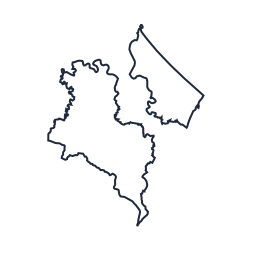 the district of Thach Ha, Ha Tinh, Vietnam, rotated 348°
{"feature_id": "81297802B93916372624290", "entity_name": "Thach Ha", "entity_type": "district", "adm_level": 2, "iso_a3": "VNM", "parent_name": "Vietnam", "parent_adm1": "Ha Tinh", "projection": "natural_earth1", "projection_center": [105.851, 18.322], "detail": "fine", "context": "isolated", "style": "outline", "palette": "slate", "viewbox_px": 256, "rotation_deg": 348, "n_neighbors": 0, "source": "geoboundaries", "source_scale": "gbopen_adm2", "svg_char_len": 5810}
<svg xmlns="http://www.w3.org/2000/svg" viewBox="0 0 256 256"><g transform="rotate(348 128 128)"><path d="M142.1,136.3L141.8,136.0L142.5,133.4L142.4,132.7L142.8,132.0L142.8,130.8L142.4,129.4L142.0,129.5L141.5,128.0L141.0,127.8L141.6,127.0L139.7,126.6L138.9,127.0L138.4,126.7L138.6,125.9L132.6,123.6L131.5,122.8L130.1,124.0L129.7,123.3L125.7,123.4L125.2,123.9L123.9,123.7L121.7,121.7L122.0,120.8L121.1,120.4L119.2,118.7L119.5,117.9L120.3,117.5L119.1,117.0L118.0,117.2L117.8,116.1L117.5,116.0L117.7,114.7L117.3,114.5L117.8,112.4L118.3,112.5L118.1,113.5L118.7,113.6L119.5,112.5L119.6,110.9L121.2,110.6L121.2,109.4L121.7,108.2L123.2,108.1L123.6,107.7L122.7,106.3L123.7,105.4L122.9,104.6L121.4,101.2L121.5,100.4L122.2,99.2L121.1,98.1L120.7,97.0L122.1,94.7L124.0,93.9L125.8,92.2L125.2,90.4L124.0,90.2L123.4,89.3L123.2,88.2L123.4,85.8L124.4,83.9L125.4,83.1L125.9,81.7L128.5,77.6L127.1,74.9L125.4,73.1L123.6,72.2L120.5,71.5L119.2,70.3L119.1,68.9L121.3,66.1L121.7,65.1L121.8,64.1L121.4,62.7L120.2,61.6L118.5,61.4L117.0,61.6L115.6,60.9L114.9,59.3L115.2,56.3L114.4,55.4L113.1,55.1L110.2,55.5L108.5,56.2L107.2,58.0L107.5,58.9L110.0,60.8L110.7,62.7L110.8,64.4L110.4,65.7L109.4,66.6L108.4,66.7L107.9,66.2L106.8,63.3L103.4,61.4L103.1,60.8L103.6,57.9L103.2,57.1L102.6,56.7L101.4,56.7L99.3,57.8L98.0,57.7L97.5,56.6L97.6,53.7L97.2,52.9L94.2,52.0L92.4,51.9L89.6,52.5L87.9,52.3L87.4,52.5L86.7,54.7L87.3,56.9L85.9,58.7L88.4,59.3L89.0,60.8L88.2,61.9L86.3,62.5L86.5,64.8L86.1,65.4L85.5,65.3L83.2,63.7L79.7,60.5L77.6,60.6L77.2,59.3L77.3,57.4L76.0,56.7L75.3,57.0L75.0,59.4L75.8,61.2L75.5,62.5L74.9,63.0L73.4,63.1L73.0,63.5L73.1,64.0L74.4,64.5L74.4,65.8L74.0,66.2L72.5,66.3L71.2,68.8L71.5,69.2L72.5,69.8L73.2,71.6L73.8,71.5L74.6,69.8L75.2,69.4L75.6,69.7L75.4,71.5L77.4,71.5L76.5,73.5L76.6,76.0L77.1,76.7L78.8,77.7L79.9,76.4L81.1,76.0L81.3,76.4L81.0,77.8L82.3,78.3L82.3,79.0L81.6,80.4L79.3,80.9L78.1,80.1L77.5,80.8L77.8,82.1L79.6,82.9L80.3,84.2L80.4,85.6L81.9,86.5L81.2,88.8L79.5,89.6L77.9,88.1L77.2,88.4L76.7,89.9L76.8,91.0L77.4,92.0L76.8,92.6L77.2,93.4L74.8,92.7L73.8,93.3L73.5,94.0L74.6,95.2L74.2,97.1L72.8,97.4L72.6,96.9L72.0,96.8L72.0,97.3L71.5,96.6L70.7,98.5L71.2,98.7L71.0,99.2L71.3,100.0L70.7,100.8L70.8,101.7L71.8,102.0L72.1,102.5L71.7,102.8L71.6,103.3L70.1,103.6L70.1,103.0L69.1,102.1L68.8,102.9L69.2,103.3L68.6,103.8L68.5,104.7L69.0,105.2L67.8,105.9L67.4,107.0L66.9,107.3L63.6,104.9L62.5,104.5L62.2,105.1L59.1,104.8L58.3,105.0L58.2,105.5L58.0,105.2L57.6,105.5L57.1,106.5L57.4,106.6L57.5,107.3L57.2,108.4L57.4,108.9L56.2,110.5L56.3,111.6L55.1,112.5L52.4,112.5L51.7,115.1L50.5,116.4L49.4,116.7L48.8,117.5L47.4,123.7L49.3,124.5L54.1,127.7L57.9,128.8L60.2,130.9L62.1,131.7L62.4,132.7L61.6,134.7L61.3,136.7L59.7,138.0L59.2,139.1L59.1,140.4L57.5,142.0L56.9,143.6L60.0,146.0L61.9,145.8L62.3,144.6L63.0,143.9L64.1,143.6L65.4,142.5L68.0,143.9L70.8,143.5L72.5,144.0L73.6,143.4L74.3,142.3L78.7,143.8L79.8,147.0L81.1,147.3L81.8,149.8L81.2,151.2L82.5,153.2L83.2,153.6L84.0,155.2L85.7,155.7L86.0,157.0L88.0,158.0L89.3,160.1L91.1,161.1L92.5,163.5L94.5,163.8L96.0,164.8L96.1,165.9L97.3,166.3L98.9,167.6L100.0,169.0L100.3,170.3L101.9,170.2L102.5,169.8L103.7,169.6L105.4,171.3L106.0,172.6L106.0,173.6L104.5,176.3L103.7,180.6L102.1,182.7L101.8,183.8L102.3,184.6L105.5,186.2L105.9,186.8L105.7,190.6L106.0,192.4L106.8,193.5L110.1,194.6L117.1,200.6L118.6,203.6L119.6,204.9L122.3,210.8L122.3,212.9L119.1,219.8L118.1,223.0L117.0,224.4L116.7,226.0L117.7,224.5L118.9,223.6L120.0,222.4L121.5,221.9L123.4,219.9L128.8,216.8L129.4,216.1L129.6,215.0L130.1,214.1L128.3,210.8L128.7,208.5L127.8,207.7L126.5,205.6L126.1,203.8L126.6,202.5L126.4,200.7L126.8,199.1L127.0,195.2L128.3,195.1L128.6,194.1L129.5,193.3L129.7,192.6L130.9,193.4L131.1,192.6L133.2,190.7L134.7,188.6L135.0,187.6L135.0,183.8L133.7,180.8L132.0,179.2L132.0,178.4L133.9,176.8L137.5,175.3L136.4,173.1L136.9,172.6L137.4,169.2L137.9,168.6L138.3,168.6L139.9,166.8L140.9,167.1L141.3,166.7L141.8,166.9L142.8,165.8L144.6,167.1L148.1,162.7L146.5,160.9L146.5,160.3L146.0,159.8L146.8,159.4L146.5,158.1L147.2,157.6L148.3,155.0L147.8,153.9L147.2,153.7L147.2,152.7L147.9,152.7L148.9,151.5L149.0,150.8L149.6,151.3L150.1,151.1L150.1,148.1L148.8,146.5L148.8,144.8L149.8,143.0L151.3,141.7L151.4,140.8L148.0,140.4L146.3,138.5L145.5,138.0L144.1,138.7L143.1,140.3L142.5,140.4L141.6,139.1L142.1,136.3ZM208.6,111.9L193.7,91.6L182.6,75.3L172.2,58.4L164.6,44.0L161.2,36.7L160.9,34.2L161.5,33.3L163.1,32.9L163.4,31.7L162.8,30.1L162.1,30.0L160.9,31.2L161.2,33.3L159.4,33.4L158.3,35.1L157.9,36.5L156.7,37.1L157.3,38.4L157.2,39.6L155.6,43.1L154.7,44.0L152.9,43.4L149.8,44.4L148.0,46.1L147.0,47.8L145.7,51.5L146.3,55.5L148.5,64.0L148.3,65.7L147.3,68.2L140.8,75.8L142.1,79.3L143.8,80.9L145.6,80.8L147.4,79.3L150.4,79.2L154.4,82.2L155.7,82.7L156.5,83.7L156.6,86.2L155.4,91.8L155.5,92.7L156.5,95.4L158.3,97.2L158.6,97.9L157.5,101.6L156.3,103.1L156.6,103.6L157.9,103.6L158.6,103.9L160.2,105.9L160.7,107.5L159.5,108.6L157.1,108.8L156.0,108.4L154.3,106.5L153.5,106.4L153.0,106.7L152.6,108.0L152.6,109.6L153.6,111.4L153.5,112.1L150.4,113.2L149.8,114.4L150.0,115.5L151.5,118.4L152.1,119.0L153.0,119.3L153.5,119.1L154.3,117.7L155.0,117.6L157.7,118.9L158.1,119.3L158.1,120.0L157.7,120.8L156.4,121.7L156.5,122.3L158.8,123.2L159.2,123.9L161.2,124.4L161.3,124.8L161.7,124.7L162.1,125.6L163.0,124.7L162.7,126.3L163.2,127.1L162.5,127.4L162.0,128.8L162.4,131.0L163.2,130.4L165.5,131.6L167.8,131.6L168.6,131.0L168.4,129.6L170.8,129.0L170.1,130.0L173.5,131.4L175.2,131.6L175.5,131.2L175.9,131.7L176.3,131.0L176.8,131.5L177.5,130.7L177.8,132.1L180.3,135.6L181.9,135.9L185.4,139.9L186.4,138.7L188.2,135.2L191.1,130.8L195.4,125.0L197.0,124.5L198.1,123.7L198.7,121.9L200.7,120.2L200.6,122.5L201.1,123.0L201.8,121.5L201.8,119.6L202.4,118.0L203.5,116.6L207.3,113.7L207.3,113.3L208.6,111.9Z" fill="none" stroke="#1e293b" stroke-width="2"/></g></svg>